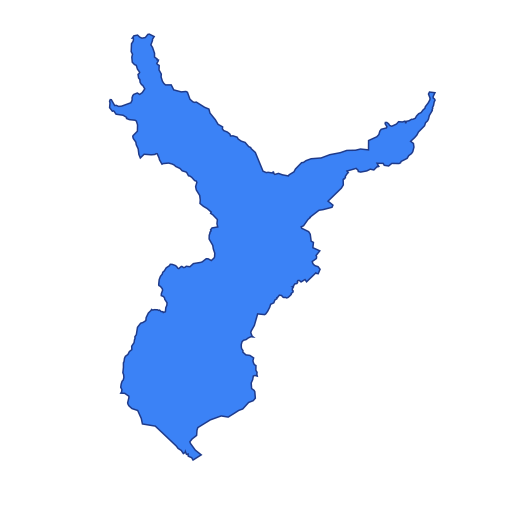 outline of Gurahont, Arad, Romania, rotated 186°
{"feature_id": "2599482B35210166851788", "entity_name": "Gurahont", "entity_type": "district", "adm_level": 2, "iso_a3": "ROU", "parent_name": "Romania", "parent_adm1": "Arad", "projection": "equal_earth", "projection_center": [22.355, 46.301], "detail": "fine", "context": "isolated", "style": "filled", "palette": "blue", "viewbox_px": 512, "rotation_deg": 186, "n_neighbors": 0, "source": "geoboundaries", "source_scale": "gbopen_adm2", "svg_char_len": 6124}
<svg xmlns="http://www.w3.org/2000/svg" viewBox="0 0 512 512"><g transform="rotate(186 256 256)"><path d="M100.6,437.2L101.4,435.1L99.4,431.2L99.4,429.5L100.8,426.1L103.2,422.2L103.5,420.4L105.0,418.9L106.8,415.9L109.1,414.5L111.0,412.0L112.0,409.6L114.4,408.3L115.6,408.2L118.1,406.4L120.2,405.8L120.9,404.1L121.3,404.2L121.5,405.5L122.0,405.7L124.3,404.6L128.2,404.5L130.1,401.9L134.6,399.2L136.7,399.8L138.0,401.4L139.9,402.5L141.3,402.3L141.4,401.0L139.3,398.2L139.7,397.0L144.7,395.1L145.9,393.1L146.5,389.6L148.3,387.2L156.1,382.6L155.2,373.3L163.3,373.3L168.0,371.6L176.7,370.5L183.1,367.5L193.1,364.5L201.5,360.3L211.3,358.5L216.2,356.1L218.6,354.0L220.4,353.6L225.9,346.6L227.0,343.7L231.6,340.2L232.2,339.0L238.2,339.5L242.3,340.5L245.8,339.1L247.0,340.0L247.2,341.1L247.7,341.4L248.4,340.3L252.7,340.5L254.5,340.0L257.9,341.1L267.5,358.9L272.1,362.3L272.6,363.3L274.7,364.0L278.7,367.8L282.7,368.7L285.9,370.4L287.2,372.2L291.4,373.1L293.9,372.7L294.6,374.4L295.4,375.0L297.5,376.3L301.1,377.3L302.7,378.8L302.7,380.9L307.5,383.0L310.7,387.3L316.7,393.3L318.2,397.2L322.6,398.5L331.4,402.8L333.5,402.3L335.0,402.8L338.1,405.0L341.3,411.7L342.9,412.3L347.5,411.4L355.2,412.6L358.2,417.3L363.9,416.7L365.7,418.0L367.3,420.0L369.1,424.1L369.2,427.0L371.9,430.9L372.2,435.4L374.0,436.2L374.8,437.2L373.6,439.8L373.5,440.7L375.0,440.8L375.0,441.7L377.7,443.2L378.1,447.0L380.7,452.6L382.6,455.0L381.5,459.4L381.6,460.8L380.2,463.6L385.3,465.5L386.7,465.1L388.9,461.7L392.2,460.7L394.5,461.5L396.9,463.3L400.5,462.2L401.8,459.8L400.8,460.0L400.5,458.6L400.6,456.8L402.0,454.1L401.5,446.2L399.9,443.8L400.3,440.8L399.3,435.8L396.9,433.7L395.0,433.1L393.4,429.4L390.9,426.6L391.3,425.3L392.3,424.3L391.4,420.8L390.0,419.4L389.4,416.6L387.7,414.4L386.5,413.9L384.1,410.6L386.2,406.6L388.6,404.5L391.1,405.7L394.5,403.9L395.3,402.7L395.8,400.5L395.5,398.0L396.5,395.3L405.5,390.9L408.3,390.4L410.7,391.2L412.3,390.9L416.2,396.3L417.3,396.3L417.8,394.6L417.2,393.0L417.1,388.2L414.0,385.0L412.9,385.4L412.2,385.0L410.0,382.4L402.9,382.1L399.6,380.5L399.0,379.9L399.1,379.2L396.2,378.4L390.5,378.4L389.1,377.7L387.5,374.0L387.0,367.7L390.9,362.8L391.0,361.8L390.3,360.0L387.4,356.7L386.7,354.1L384.4,350.3L383.1,344.8L381.3,341.4L377.9,345.5L370.8,345.7L367.2,346.4L366.2,347.3L365.0,347.4L362.6,343.3L362.1,341.7L359.1,337.5L358.0,338.2L352.6,339.3L348.9,338.7L346.6,337.8L345.3,336.7L340.7,335.1L338.3,333.0L334.6,332.3L333.5,331.6L331.5,328.7L330.1,328.6L328.1,327.5L324.9,324.6L323.3,324.3L322.5,323.1L323.3,318.7L322.3,315.5L318.3,310.3L317.3,305.9L317.2,302.4L313.5,299.9L309.5,298.1L305.1,295.0L305.6,293.7L303.3,292.5L298.2,288.2L298.2,284.0L297.1,280.9L302.7,279.3L303.9,277.3L303.3,276.3L304.3,274.8L304.1,274.2L304.7,271.8L304.4,268.0L300.1,262.0L299.2,258.6L297.3,254.5L297.1,250.7L297.6,249.5L300.0,246.8L303.3,248.2L305.2,248.1L308.8,244.6L310.2,243.9L317.5,241.9L320.6,238.4L324.3,238.5L325.5,237.3L326.8,236.9L328.4,237.8L329.2,237.8L331.4,235.4L332.4,235.6L334.0,237.4L335.5,238.2L338.5,238.9L340.4,238.8L341.1,237.3L344.1,234.8L345.6,231.6L347.0,230.1L347.4,228.0L348.9,225.8L349.8,222.4L349.8,217.5L349.5,216.5L347.9,215.8L345.8,213.7L345.3,212.2L346.2,208.5L346.1,206.7L344.0,206.1L342.7,205.0L342.2,203.4L339.6,200.2L339.5,197.7L340.3,195.2L340.3,191.1L342.3,190.1L342.8,190.9L344.6,190.8L346.2,192.1L347.3,191.7L348.2,192.2L351.6,192.0L353.0,191.4L354.3,191.9L354.5,191.1L357.1,188.0L358.8,183.3L358.8,180.4L359.2,179.9L361.4,178.1L363.7,177.1L366.4,172.7L366.8,165.2L368.0,163.1L367.7,161.2L368.1,160.0L368.2,157.1L370.2,153.3L369.7,149.9L371.9,147.8L373.1,144.7L375.4,142.6L376.1,140.5L376.2,137.2L376.7,135.9L376.2,131.4L376.2,126.0L375.2,124.0L374.7,121.3L375.1,118.8L376.1,117.4L376.7,114.5L376.8,111.3L375.4,109.1L375.5,106.6L376.1,105.5L372.2,105.7L367.8,103.3L367.6,102.0L368.3,96.5L367.7,95.0L366.6,93.6L363.4,91.3L357.5,90.0L353.1,82.4L351.4,77.1L338.4,76.3L315.3,58.6L313.4,56.5L310.0,54.8L307.6,51.9L305.9,53.3L305.8,54.1L304.5,51.6L303.8,51.4L302.9,52.0L302.4,49.8L298.9,48.7L297.3,46.5L289.7,52.5L296.1,56.6L301.5,62.6L302.4,64.3L300.3,67.5L296.3,71.4L296.5,76.6L295.9,79.3L284.4,88.2L273.9,93.3L266.8,92.9L256.9,100.7L253.2,102.5L248.0,109.6L243.7,111.8L241.8,114.5L243.0,120.9L243.9,122.2L246.5,123.7L247.5,129.2L246.4,132.7L246.1,136.4L244.4,137.1L242.2,136.7L242.8,138.4L242.8,140.5L244.2,142.3L244.6,147.0L246.3,147.8L247.3,149.4L248.1,151.4L247.7,154.4L251.7,156.5L255.7,156.6L259.0,159.0L259.1,160.6L260.6,162.3L261.1,163.9L261.4,166.5L260.9,169.3L259.6,170.9L257.2,171.8L255.0,173.8L252.6,175.2L250.4,175.2L251.5,175.9L253.2,179.2L252.9,181.0L250.4,186.7L248.3,198.6L241.3,198.6L240.3,199.4L238.7,202.1L237.0,206.5L236.4,209.5L233.4,211.3L232.7,214.1L230.7,215.8L230.9,216.8L230.2,217.1L228.7,219.5L226.5,219.4L224.9,217.9L224.0,217.6L222.4,217.9L221.1,217.5L219.7,218.2L217.5,220.7L216.9,221.6L217.1,222.4L215.5,223.9L215.4,225.1L216.3,225.9L216.4,227.3L215.6,229.0L216.4,229.2L216.0,229.4L214.5,232.3L212.5,232.9L211.9,233.9L212.2,234.9L211.7,236.0L210.3,236.2L208.5,234.9L204.8,237.7L203.0,235.6L194.7,245.5L194.2,245.0L192.3,244.9L190.9,249.5L193.2,251.9L196.2,252.5L197.8,253.5L198.8,254.6L199.5,256.4L195.7,259.8L195.6,261.5L196.3,262.8L193.1,267.8L200.3,270.2L200.3,275.5L202.7,276.5L204.3,283.2L204.9,284.1L206.2,285.7L213.5,288.4L214.1,289.8L211.9,291.0L208.1,297.8L206.1,299.9L206.4,300.2L198.1,308.1L194.2,309.1L185.5,312.4L184.8,314.6L190.1,318.1L178.2,332.4L176.6,335.8L177.3,341.0L177.0,341.8L176.1,341.9L175.9,342.6L175.3,343.2L175.5,344.5L173.6,348.1L173.0,348.5L174.4,350.0L165.6,353.6L163.4,351.9L163.1,350.7L160.7,350.4L154.7,352.2L151.4,354.3L147.8,353.9L144.5,358.0L144.1,357.5L143.2,357.9L145.3,360.9L139.2,361.4L137.9,359.6L133.5,359.4L130.6,362.3L123.5,362.9L122.0,363.8L121.6,365.2L115.9,368.9L114.6,371.8L112.1,374.1L111.0,376.1L110.3,380.8L111.2,384.4L114.2,386.2L110.7,390.2L108.7,393.0L107.4,396.3L102.0,403.1L101.3,406.3L99.6,408.2L98.8,410.1L98.3,413.9L95.9,419.1L96.2,419.6L95.7,421.2L96.0,422.1L95.2,424.2L94.9,427.9L94.2,429.7L94.9,430.8L96.3,431.7L96.5,433.1L95.1,437.1L100.6,437.2Z" fill="#3b82f6" stroke="#1e3a8a" stroke-width="1.5"/></g></svg>